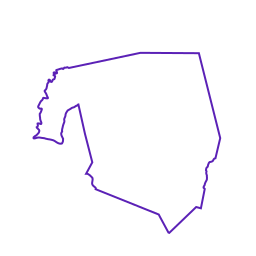 San Francisco de Yojoa, Cortés, Honduras (Natural Earth projection), rotated 285°
{"feature_id": "27666195B57789341600381", "entity_name": "San Francisco de Yojoa", "entity_type": "district", "adm_level": 2, "iso_a3": "HND", "parent_name": "Honduras", "parent_adm1": "Cortés", "projection": "natural_earth1", "projection_center": [-87.991, 15.032], "detail": "fine", "context": "isolated", "style": "outline", "palette": "violet", "viewbox_px": 256, "rotation_deg": 285, "n_neighbors": 0, "source": "geoboundaries", "source_scale": "gbopen_adm2", "svg_char_len": 5141}
<svg xmlns="http://www.w3.org/2000/svg" viewBox="0 0 256 256"><g transform="rotate(285 128 128)"><path d="M73.0,99.4L73.1,99.7L73.1,100.1L73.2,100.5L73.2,100.9L73.2,101.2L73.1,101.5L72.9,102.2L72.7,102.7L72.6,103.1L71.9,104.4L71.1,105.8L70.9,106.1L70.6,106.4L70.4,106.7L70.0,106.8L69.6,107.0L69.3,107.1L68.1,107.3L66.0,107.5L65.6,107.6L65.1,107.7L64.9,107.8L64.5,108.0L64.2,108.2L64.0,108.4L63.7,108.7L63.5,108.9L63.0,109.8L62.3,111.3L62.0,111.9L61.9,112.1L61.5,112.4L61.3,112.5L61.2,112.6L60.9,112.6L60.5,112.6L52.4,180.1L50.5,181.8L37.5,194.1L37.4,195.0L69.3,214.3L69.3,219.2L89.0,217.9L89.2,217.7L89.7,216.7L89.8,216.6L90.2,216.5L90.2,216.4L90.8,216.3L91.4,216.4L92.0,216.6L92.8,216.8L94.1,216.7L95.7,216.9L97.8,217.4L98.7,217.5L99.7,217.3L100.6,217.1L101.3,216.8L102.2,216.6L102.7,216.4L103.6,215.8L104.3,215.4L104.9,215.2L105.5,215.1L106.3,215.1L106.8,214.8L107.3,214.3L108.4,214.1L108.8,214.1L109.3,214.1L110.0,214.2L111.3,215.0L113.1,214.9L113.8,215.0L114.9,215.1L115.8,215.4L116.3,215.8L116.6,216.5L116.9,217.0L117.2,217.5L117.7,218.1L118.3,218.5L120.0,218.9L120.8,219.4L121.2,219.9L121.4,220.3L142.1,219.7L209.4,182.2L218.6,177.1L203.8,120.5L170.8,55.6L170.7,55.3L170.8,55.1L170.9,54.0L171.0,53.6L170.2,52.4L170.0,51.5L169.8,51.1L169.8,50.9L169.7,50.8L169.4,50.7L169.2,50.6L168.9,50.5L168.6,50.4L168.4,50.2L168.2,50.0L168.3,49.6L168.3,49.4L168.4,49.1L168.5,49.0L168.5,48.9L168.4,48.7L168.1,48.1L167.3,46.7L166.4,45.4L165.7,44.2L165.4,43.8L165.2,43.8L164.8,43.9L163.5,44.9L163.0,45.1L162.8,45.2L162.7,45.2L162.4,45.0L162.3,44.9L162.2,44.6L162.2,44.4L162.2,44.0L162.7,42.8L162.7,42.7L162.7,42.4L162.6,42.2L162.3,41.9L162.2,41.9L161.8,42.0L161.7,42.3L161.6,42.5L161.5,43.0L161.4,43.2L161.3,43.3L161.2,43.4L160.9,43.4L160.7,43.3L160.6,43.0L160.4,42.7L160.1,42.5L160.0,42.4L159.9,42.4L159.7,42.4L159.6,42.5L159.6,42.9L159.6,43.2L159.5,43.5L159.4,43.8L159.3,44.0L159.1,44.2L158.9,44.3L158.7,44.3L157.4,44.3L156.8,44.3L156.6,44.3L156.3,44.2L156.1,44.1L156.0,43.9L155.6,43.4L155.3,43.0L155.2,42.9L154.7,42.8L153.7,42.7L153.2,42.6L152.9,42.4L152.7,42.1L152.6,41.9L152.7,41.6L152.8,41.4L153.0,41.1L153.2,40.9L153.7,40.6L153.9,40.4L154.1,40.1L154.3,39.6L154.3,39.4L154.3,39.2L154.2,39.1L153.9,38.9L153.6,38.8L153.4,38.8L153.2,38.9L152.9,39.0L152.5,39.2L152.3,39.3L152.0,39.4L151.7,39.5L151.5,39.4L151.4,39.4L150.9,39.1L150.5,38.9L150.0,38.7L149.8,38.7L149.5,38.7L149.1,38.7L148.1,38.9L147.2,38.9L145.4,39.0L145.0,39.0L144.6,38.9L144.2,38.8L143.9,38.7L143.3,38.3L142.8,38.1L142.5,37.9L142.3,37.9L142.2,37.9L142.0,38.0L141.7,38.2L141.4,38.5L140.9,39.1L139.4,40.5L138.8,40.9L137.8,41.6L137.2,42.2L136.8,42.5L136.5,42.7L136.3,42.9L136.2,42.9L135.9,42.7L135.7,42.2L135.5,41.0L135.3,38.9L135.3,38.7L135.2,38.5L135.1,38.4L134.8,38.2L134.6,38.2L134.4,38.2L134.1,38.2L133.8,38.2L133.4,38.1L132.9,37.9L132.6,37.8L132.4,37.7L132.2,37.5L131.8,37.2L131.6,37.1L131.0,36.9L130.5,36.7L130.2,36.6L129.2,36.4L128.2,36.2L126.8,35.9L125.8,35.7L125.7,35.7L125.4,35.7L125.2,35.8L124.9,35.9L124.7,36.0L124.4,36.5L124.2,36.8L124.1,37.1L123.9,37.5L123.9,37.8L124.0,38.1L124.0,38.4L124.3,39.1L124.3,39.3L124.3,39.5L124.2,39.7L124.0,39.8L123.8,39.9L123.7,39.9L123.2,39.9L122.8,39.9L121.8,39.8L120.9,39.7L120.4,39.6L119.6,39.4L119.2,39.2L118.8,39.1L118.5,39.2L117.8,39.4L116.6,39.8L115.0,40.5L113.9,40.8L112.4,41.7L111.1,42.7L110.9,42.8L110.6,43.0L110.2,43.1L109.8,43.1L109.6,43.1L109.4,43.0L109.3,42.8L109.3,42.4L109.3,42.1L109.3,41.7L109.4,41.2L109.4,40.8L109.3,40.5L109.2,40.1L109.1,39.7L108.9,39.5L108.5,39.6L108.0,39.9L107.5,40.1L107.3,40.2L107.1,40.3L106.5,40.3L106.2,40.3L105.8,40.3L105.7,40.2L105.5,39.9L105.4,39.8L105.2,39.8L105.1,39.7L105.0,39.8L104.9,39.8L104.7,39.9L104.4,40.4L104.1,40.9L103.5,42.0L103.3,42.3L103.1,42.6L102.8,42.8L102.5,43.0L102.1,43.1L101.7,43.1L100.9,43.1L100.5,43.0L99.8,42.8L99.1,42.4L98.3,42.0L97.3,41.4L96.8,41.0L96.3,40.5L95.9,40.1L95.4,39.8L95.0,39.5L94.7,39.3L94.4,39.3L94.1,39.3L93.9,39.3L93.7,39.5L93.6,39.8L93.7,40.0L93.8,40.5L94.2,41.3L94.8,42.2L95.1,42.8L95.5,43.5L95.6,43.9L95.7,44.2L95.9,44.9L96.1,47.0L96.2,47.9L96.4,49.0L96.4,49.4L96.5,49.9L96.4,51.3L96.5,53.3L96.5,53.7L96.7,55.1L96.8,56.9L96.8,57.9L96.8,58.8L96.7,59.6L96.6,60.0L96.5,60.4L96.3,61.1L95.9,62.2L95.7,62.9L95.5,63.5L95.4,64.0L95.3,64.5L95.3,65.0L95.2,65.4L95.2,65.8L95.3,66.2L95.3,66.5L95.4,67.0L95.6,67.5L95.7,67.8L95.8,68.0L96.0,68.1L96.2,68.3L96.9,68.4L97.8,68.6L98.3,68.6L98.8,68.5L99.5,68.4L100.2,68.2L100.8,68.1L101.1,67.8L103.2,66.0L103.5,65.8L104.1,65.4L104.6,65.2L105.1,65.0L105.5,64.9L105.8,64.9L106.6,65.0L107.0,65.1L107.4,65.3L107.6,65.3L107.8,65.2L108.0,65.1L108.6,64.9L109.9,64.7L110.2,64.7L110.8,64.7L111.2,64.7L113.3,64.6L115.2,64.7L117.1,64.9L117.5,64.9L118.0,64.8L118.7,64.6L119.3,64.3L119.6,64.2L120.0,64.1L120.3,64.1L120.8,64.1L122.1,64.3L123.1,64.4L123.6,64.4L124.2,64.3L124.9,64.2L125.6,64.2L126.3,64.3L126.9,64.4L127.5,64.6L128.1,64.8L129.3,65.2L129.4,65.3L131.8,67.7L132.5,68.2L132.8,68.5L133.2,69.0L133.8,70.0L134.1,70.5L134.5,70.9L134.7,71.1L135.4,71.6L136.1,72.3L136.1,72.5L136.3,72.8L136.5,73.0L136.8,73.2L137.6,73.6L137.8,73.8L137.9,74.0L111.3,87.9L85.6,102.4L73.0,99.4Z" fill="none" stroke="#5b21b6" stroke-width="2"/></g></svg>